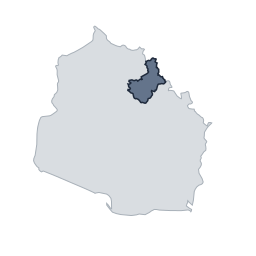 Silesian highlighted on a map of Poland, rotated 200°
{"feature_id": "POL-3146", "entity_name": "Silesian", "entity_type": "Voivodeship", "adm_level": 1, "iso_a3": "POL", "parent_name": "Poland", "parent_adm1": "", "projection": "mercator", "projection_center": [18.978, 50.212], "detail": "fine", "context": "in_parent", "style": "filled", "palette": "slate", "viewbox_px": 256, "rotation_deg": 200, "n_neighbors": 0, "source": "natural_earth", "source_scale": "10m", "svg_char_len": 5893}
<svg xmlns="http://www.w3.org/2000/svg" viewBox="0 0 256 256"><g transform="rotate(200 128 128)"><path d="M208.2,142.6L209.2,144.6L209.5,146.1L209.1,147.4L209.3,148.6L212.8,153.8L214.1,157.6L215.0,159.1L217.0,161.0L217.1,161.8L216.3,162.5L215.2,162.8L214.9,163.5L216.1,165.2L216.9,168.2L216.9,170.7L216.2,171.3L215.3,172.7L214.8,174.0L210.1,175.0L209.0,176.4L206.4,179.1L204.7,180.6L202.1,183.5L198.0,188.3L192.1,196.4L191.1,198.2L191.3,199.8L192.4,203.3L192.6,204.9L192.4,206.4L192.1,207.7L192.1,208.3L194.6,210.8L194.7,211.3L194.5,211.9L194.0,212.4L192.0,211.9L189.9,210.9L189.1,211.0L188.0,210.8L183.1,208.8L179.9,207.3L179.5,206.3L178.9,204.8L177.5,203.6L174.4,202.6L173.1,201.7L167.9,201.3L165.7,201.3L164.1,201.6L163.1,201.6L161.7,203.7L160.7,204.3L159.3,204.4L158.1,204.0L156.8,202.9L154.8,202.3L153.3,202.6L152.3,202.3L151.3,202.3L151.0,202.5L150.3,202.5L149.2,203.0L148.0,203.8L146.7,204.4L145.7,205.6L144.8,208.1L142.3,207.0L141.4,207.4L140.2,207.8L139.4,207.4L139.6,206.6L140.0,205.6L140.0,204.3L139.7,202.8L139.0,202.4L137.8,202.2L137.2,201.9L137.1,201.4L136.5,200.8L135.5,199.2L134.5,197.2L133.8,196.6L132.8,197.6L131.3,198.6L130.4,199.0L128.6,202.1L125.3,202.2L125.1,200.7L124.8,199.4L122.9,199.0L122.9,198.2L122.5,196.2L118.7,192.2L118.2,190.5L118.4,189.9L118.1,188.8L117.3,188.2L114.3,187.4L113.5,187.9L112.8,187.4L111.7,186.5L109.8,185.7L109.6,185.3L108.9,184.6L108.5,184.5L108.3,184.9L107.7,185.5L105.8,186.3L105.0,186.0L104.3,185.3L103.5,183.9L102.3,182.7L101.4,182.3L100.8,181.6L100.7,181.1L102.8,180.1L103.3,179.1L103.0,177.2L102.7,176.9L101.9,177.6L100.1,178.1L98.4,178.4L97.6,178.4L92.9,174.9L89.8,173.9L88.0,173.6L87.8,173.9L88.6,175.9L90.1,178.3L90.0,178.9L87.3,180.3L86.2,181.1L85.3,182.3L84.4,182.8L83.7,182.6L83.0,182.1L81.0,178.6L78.6,175.9L78.3,175.3L77.5,175.1L76.4,174.5L76.1,173.7L76.6,172.8L77.4,172.0L78.7,171.5L79.1,171.0L79.3,170.3L79.8,169.4L79.7,169.1L78.7,168.1L77.3,167.1L73.5,167.9L72.4,168.4L71.8,167.7L71.4,166.7L70.4,166.5L69.1,165.6L67.5,164.8L65.9,164.5L62.7,163.2L61.5,163.2L60.8,162.7L60.0,161.8L59.4,160.7L59.1,158.6L56.7,157.6L54.3,157.0L54.2,157.3L54.3,159.5L54.1,160.6L52.6,161.3L51.0,161.4L51.1,161.0L53.0,157.2L53.8,154.7L54.7,150.2L53.6,146.6L53.3,145.0L52.8,144.2L49.5,142.4L49.3,141.8L49.8,139.5L49.5,138.5L48.7,137.4L47.7,135.3L47.3,133.6L48.6,131.5L49.5,127.8L50.0,126.3L49.2,125.5L48.9,124.3L49.2,122.7L48.7,121.4L47.6,120.6L46.8,119.5L46.5,118.2L46.7,116.1L47.6,113.3L45.8,109.8L41.1,105.8L38.9,103.0L39.0,101.3L40.0,99.9L41.8,98.5L43.2,96.2L43.9,93.4L44.0,90.9L41.9,82.7L41.6,80.7L41.2,77.5L45.3,79.2L47.0,80.2L46.8,79.1L46.4,78.2L46.7,76.8L46.5,74.7L42.8,73.6L40.4,73.2L40.1,71.8L40.3,70.8L41.0,71.4L43.4,71.6L49.4,68.7L59.6,65.0L70.5,61.6L73.1,61.2L75.6,60.4L76.6,59.1L77.5,58.3L79.0,56.0L82.3,52.4L88.1,51.0L90.3,49.3L94.9,46.9L105.2,44.2L109.6,43.6L113.8,43.6L117.6,45.7L121.6,48.3L122.3,49.9L120.2,48.9L117.0,46.6L115.8,46.5L118.5,53.6L120.0,56.1L123.0,58.0L125.5,58.6L133.2,57.5L135.9,56.0L136.7,55.3L137.4,55.6L147.5,56.4L182.5,58.3L192.6,58.6L193.2,58.4L194.2,57.2L195.5,57.4L197.0,58.1L197.7,58.7L197.9,59.3L198.1,60.0L198.9,60.2L200.4,60.7L202.4,62.0L204.0,63.2L205.5,64.9L206.0,66.9L206.0,69.1L205.9,70.5L208.1,81.4L211.5,91.3L212.7,96.0L213.2,98.5L213.6,102.2L213.8,104.7L213.7,106.1L213.5,108.1L212.5,109.3L205.9,112.6L204.7,113.6L202.8,116.2L201.0,118.9L200.6,119.8L200.5,120.3L200.9,121.2L203.2,122.6L205.6,123.8L206.3,124.6L208.1,125.7L208.7,126.7L209.0,127.5L209.0,129.5L208.2,132.2L208.6,134.2L207.8,135.6L207.1,137.1L207.0,139.7L208.2,142.6Z" fill="#d9dde1" stroke="#a8b0b8" stroke-width="1"/><path d="M133.9,196.6L133.7,196.6L132.1,198.4L132.0,198.5L131.7,198.6L131.0,198.7L130.6,198.7L130.3,198.9L130.1,199.1L129.8,199.5L129.6,200.4L129.6,200.5L129.6,200.8L129.3,200.9L129.2,201.4L129.1,201.8L129.0,202.0L128.4,202.2L128.0,202.3L127.8,202.3L127.6,202.2L127.3,202.0L127.1,201.9L126.7,202.0L126.0,202.4L125.6,202.4L125.2,202.4L125.1,202.1L125.2,201.2L125.2,200.7L125.1,200.4L125.1,200.0L125.2,199.5L124.7,199.2L122.9,199.0L123.0,198.6L122.9,198.0L122.7,196.8L122.6,196.6L122.4,196.1L122.3,195.8L122.2,194.9L122.1,194.7L121.9,194.5L121.6,194.5L121.3,194.6L121.0,194.7L120.8,194.5L120.5,194.1L120.2,193.9L119.4,193.8L119.2,193.6L119.1,193.4L118.9,192.6L118.5,191.7L118.2,190.9L118.2,190.2L118.6,189.6L118.2,189.3L118.1,189.0L118.1,188.6L118.0,188.1L117.8,187.9L117.1,188.4L116.6,188.4L115.3,187.6L114.6,187.4L113.9,187.5L114.0,187.5L113.5,188.0L113.3,188.1L112.9,187.8L112.8,187.6L112.7,187.1L112.4,186.8L112.0,186.7L111.8,186.7L111.2,186.2L110.9,186.0L109.8,185.8L109.6,185.5L109.7,185.0L108.6,184.3L108.4,184.3L108.4,183.8L109.5,181.7L111.7,181.2L112.8,180.4L114.5,179.6L114.7,178.8L114.7,177.4L114.4,173.8L114.6,173.2L115.0,173.1L115.4,172.9L115.4,172.4L115.2,171.9L115.4,171.3L116.0,171.2L118.6,171.2L118.4,170.2L117.8,169.6L117.2,169.1L116.7,168.5L116.4,167.4L116.8,166.3L117.1,164.5L117.6,163.5L119.0,162.6L119.1,161.6L118.9,161.1L118.8,160.4L118.9,160.0L119.1,159.7L119.8,157.5L120.6,157.1L123.2,157.0L123.8,156.7L124.3,156.3L125.0,156.5L125.5,157.0L127.8,158.3L129.0,158.5L130.4,158.5L131.0,158.0L132.2,158.2L133.3,159.2L135.0,161.9L135.6,162.1L137.4,162.0L139.3,162.9L140.8,163.2L141.1,163.4L141.1,163.7L141.1,164.0L141.1,164.3L139.8,164.5L139.2,165.7L139.6,166.3L141.0,166.7L141.6,167.2L142.1,168.3L143.0,169.3L142.2,169.4L141.0,170.5L140.7,171.3L141.3,171.6L142.5,171.8L143.0,172.0L143.1,172.6L143.2,173.1L140.9,174.5L140.3,174.6L139.3,174.5L138.4,174.6L136.8,175.9L136.3,176.0L135.9,176.0L134.9,175.4L134.4,176.1L133.9,177.1L133.1,178.2L131.9,178.1L131.4,178.5L132.3,179.5L133.1,180.6L128.9,185.4L128.5,186.0L128.1,186.8L127.9,187.7L128.3,188.2L128.7,188.2L129.1,188.7L129.2,189.6L129.7,190.6L130.6,191.0L131.0,191.6L131.2,192.5L131.8,193.0L132.5,193.3L133.7,193.5L133.6,194.3L133.3,194.9L133.2,195.5L133.4,195.9L133.8,196.2L133.9,196.6Z" fill="#64748b" stroke="#1e293b" stroke-width="1.5"/></g></svg>